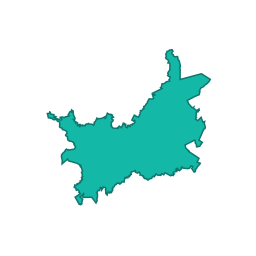 the district of Centro, Tabasco, Mexico, rotated 22°
{"feature_id": "50627088B91103141200300", "entity_name": "Centro", "entity_type": "district", "adm_level": 2, "iso_a3": "MEX", "parent_name": "Mexico", "parent_adm1": "Tabasco", "projection": "natural_earth1", "projection_center": [-92.965, 18.027], "detail": "fine", "context": "isolated", "style": "filled", "palette": "teal", "viewbox_px": 256, "rotation_deg": 22, "n_neighbors": 0, "source": "geoboundaries", "source_scale": "gbopen_adm2", "svg_char_len": 5941}
<svg xmlns="http://www.w3.org/2000/svg" viewBox="0 0 256 256"><g transform="rotate(22 128 128)"><path d="M80.3,186.0L83.7,179.4L84.4,180.2L85.5,180.7L94.0,179.8L97.7,180.3L97.4,180.8L98.2,181.5L98.4,180.7L102.0,185.1L101.5,186.6L103.2,188.3L103.4,189.7L104.1,190.0L103.4,191.4L104.3,192.0L104.3,192.9L105.0,192.6L105.2,193.0L104.7,193.8L105.2,194.2L104.7,194.0L104.5,194.5L103.6,195.0L103.9,195.3L103.7,196.0L104.3,196.3L104.1,196.7L103.5,196.8L103.3,197.8L102.3,198.2L102.5,199.0L101.7,199.0L101.8,199.5L101.4,200.4L100.0,200.8L100.5,201.9L100.2,202.9L100.5,203.3L101.2,203.1L102.5,203.4L102.8,204.4L103.5,205.1L104.4,204.3L105.2,204.2L106.9,205.3L107.1,205.6L106.6,206.0L108.3,207.0L104.9,211.9L111.4,217.1L112.1,216.4L112.9,216.8L113.7,215.5L113.1,214.7L112.7,211.0L109.2,209.9L110.3,208.5L111.4,205.4L111.7,205.7L111.6,208.1L112.1,209.0L113.0,208.9L120.4,205.8L126.4,209.5L126.6,206.9L125.6,205.3L125.7,204.1L124.3,200.3L123.1,199.4L123.5,198.7L123.5,197.1L125.2,196.6L124.6,193.5L125.9,193.2L126.8,195.2L127.6,191.8L129.4,191.9L129.9,192.2L130.4,193.3L130.2,193.8L130.6,194.1L131.8,196.7L132.2,196.3L132.7,197.3L133.7,197.9L133.6,196.4L133.1,196.4L133.8,195.5L133.6,194.6L135.1,195.2L135.6,194.8L135.6,193.9L136.4,194.4L136.9,194.0L136.7,192.7L137.2,191.9L137.0,191.0L136.0,190.0L136.6,189.5L136.3,188.5L137.2,187.5L137.0,186.1L138.3,184.8L138.2,183.6L139.6,183.1L140.1,182.4L141.4,183.1L142.0,182.3L142.7,180.0L144.6,179.7L143.7,175.3L144.9,175.3L144.9,174.1L145.2,174.0L146.5,174.3L146.6,172.4L147.0,172.0L147.5,172.4L147.9,170.6L147.6,170.3L148.5,169.8L147.3,168.0L150.8,164.7L151.5,166.3L153.9,166.2L154.7,164.7L156.1,165.5L156.8,167.2L158.0,166.6L159.4,167.1L159.9,166.6L160.5,166.8L160.9,168.0L161.8,168.2L162.0,168.6L162.8,168.7L163.9,167.9L164.6,168.1L164.9,168.7L166.2,168.7L167.2,166.7L167.9,166.6L168.8,165.7L168.9,164.1L169.3,163.4L170.5,163.5L170.5,162.2L171.0,162.1L171.0,160.4L171.5,160.0L171.9,160.5L173.5,160.6L174.5,160.0L175.8,159.8L175.9,159.2L176.3,159.2L176.4,157.6L178.7,158.0L179.1,155.6L185.5,156.3L186.0,155.3L186.7,155.4L187.1,154.8L187.7,155.0L188.0,153.8L187.7,154.0L187.1,153.2L187.6,153.0L186.7,151.7L189.4,150.1L187.8,148.4L188.5,147.8L188.3,147.4L188.7,147.1L188.9,147.6L189.1,147.0L190.0,147.8L189.9,148.6L191.3,147.9L191.6,148.2L192.7,146.4L192.1,144.3L192.8,143.8L193.5,144.7L198.7,143.3L200.3,142.0L200.6,139.4L202.6,139.6L202.2,141.6L205.8,144.1L206.3,143.8L206.8,142.7L205.9,141.1L206.7,140.0L206.8,138.0L208.1,134.8L208.2,133.6L204.9,133.8L205.2,129.5L193.0,127.0L193.2,126.5L189.1,125.0L187.3,122.3L194.4,114.2L195.0,114.6L195.9,116.6L197.4,117.4L198.5,119.6L198.9,119.8L201.3,118.1L202.3,113.5L198.3,112.7L198.7,100.7L199.5,99.9L199.6,98.7L196.9,94.9L196.6,93.2L195.1,94.5L191.8,90.7L190.0,95.0L187.3,94.5L187.2,93.6L187.6,92.7L186.3,91.7L186.6,90.2L185.3,88.4L185.6,87.7L187.0,86.6L187.0,85.2L187.4,84.9L186.7,83.8L185.2,86.2L181.1,85.0L181.1,84.2L180.8,84.7L179.0,85.0L178.1,84.2L175.5,83.0L172.6,80.3L178.0,73.9L181.5,70.4L181.0,67.2L180.3,67.1L180.6,63.5L182.7,61.1L183.1,59.4L184.4,57.7L185.6,55.0L186.1,52.1L175.8,50.2L158.1,63.5L154.2,53.6L153.1,52.9L153.6,51.5L153.3,50.8L150.5,46.8L148.4,45.4L147.7,43.7L147.0,43.2L145.4,44.2L144.2,44.4L143.2,44.1L142.6,43.1L141.1,42.9L140.3,41.7L141.0,40.0L139.5,38.9L138.8,39.2L138.3,40.0L137.5,40.0L136.5,41.7L135.5,42.3L135.7,43.7L135.3,45.2L136.8,47.5L136.5,48.6L137.6,49.6L138.8,49.6L140.7,50.7L140.6,52.7L142.1,52.3L142.9,52.9L145.0,58.3L144.3,61.4L144.4,62.4L145.3,63.2L145.1,64.5L146.2,64.9L148.0,64.8L148.3,66.6L147.9,67.8L149.0,68.7L146.0,71.0L145.7,72.1L144.4,73.7L143.0,74.2L143.5,77.7L143.1,78.4L144.7,78.7L137.7,86.6L140.6,87.2L139.8,87.9L138.3,88.1L140.6,90.9L140.3,91.6L138.4,92.6L137.1,92.8L136.5,93.6L136.3,96.8L136.5,97.7L135.8,99.1L135.7,100.8L134.5,102.2L135.5,103.9L134.7,104.4L134.8,105.4L134.1,106.7L133.1,107.2L133.7,107.7L133.3,108.9L134.1,110.5L133.6,111.5L133.9,112.7L133.4,114.2L129.0,113.7L128.6,119.2L130.7,119.5L130.8,118.8L131.4,118.4L132.3,120.3L131.5,122.2L130.6,122.5L130.6,123.8L129.8,123.6L129.4,124.1L129.1,124.8L129.4,125.9L128.7,126.2L127.8,125.1L126.8,125.7L127.3,127.9L125.7,128.1L124.7,125.7L124.0,126.4L124.0,125.5L122.9,125.6L122.8,125.1L121.8,125.3L121.8,130.2L119.2,129.5L118.9,130.1L119.0,131.8L118.3,131.6L118.2,132.2L115.1,133.5L113.9,133.6L112.1,132.6L111.5,132.6L111.3,132.1L111.7,131.6L110.6,130.1L110.6,129.0L110.7,128.1L111.3,127.9L111.3,126.1L109.8,125.9L109.1,124.7L109.5,124.7L110.5,123.4L108.1,122.5L108.5,121.9L107.2,121.7L105.4,122.3L103.3,122.0L103.5,128.3L102.5,126.1L100.1,128.9L97.3,130.4L95.4,130.6L95.9,131.7L95.4,132.0L95.3,134.5L94.6,135.1L95.0,135.9L94.7,136.4L95.4,137.0L94.9,138.4L93.1,138.0L90.5,138.9L89.5,138.6L89.1,139.6L88.2,139.7L87.3,140.6L87.4,142.1L86.2,142.0L85.5,143.0L84.7,142.3L83.9,143.1L82.1,142.6L82.0,143.0L82.9,143.8L83.1,144.6L82.9,144.9L81.9,144.0L80.2,144.8L80.1,144.3L80.6,143.4L79.8,143.4L79.2,142.1L78.4,142.0L77.7,143.0L77.4,141.9L75.5,141.8L75.2,141.2L75.6,140.6L75.4,140.1L74.3,140.2L75.3,139.4L75.2,138.7L72.6,136.4L70.7,132.7L70.0,132.5L69.6,132.7L69.9,134.4L69.5,134.4L69.1,133.5L69.3,132.9L68.9,132.6L68.9,133.9L67.9,135.0L67.9,136.4L67.5,138.0L68.2,138.9L68.8,138.8L68.7,139.2L65.8,141.0L65.1,142.1L62.7,142.5L61.1,143.5L61.3,144.2L62.7,144.1L63.5,145.1L62.5,146.0L55.6,145.9L56.8,144.6L54.9,144.7L54.3,143.4L51.1,144.0L50.0,142.5L49.4,142.5L49.8,143.8L47.8,144.8L50.4,148.4L51.4,147.9L52.3,148.1L52.9,147.5L55.6,148.2L56.2,147.8L56.6,148.0L58.3,146.8L59.9,148.1L62.0,148.1L62.8,148.8L64.1,152.6L65.1,153.0L66.6,152.8L67.9,154.0L70.2,153.7L72.1,154.1L73.2,154.9L73.3,156.6L72.8,157.3L73.0,158.4L75.2,158.8L76.3,161.1L77.1,161.8L78.7,162.1L80.5,161.5L82.9,161.9L83.9,162.3L83.7,163.1L84.7,163.7L85.0,164.4L86.3,164.9L86.5,166.1L86.0,167.8L81.3,170.6L80.8,170.5L80.6,171.0L78.9,170.6L78.4,171.3L78.1,173.0L78.4,173.1L77.0,175.7L76.8,177.4L76.4,177.5L77.1,179.7L79.2,182.7L80.3,186.0Z" fill="#14b8a6" stroke="#0f766e" stroke-width="1.5"/></g></svg>